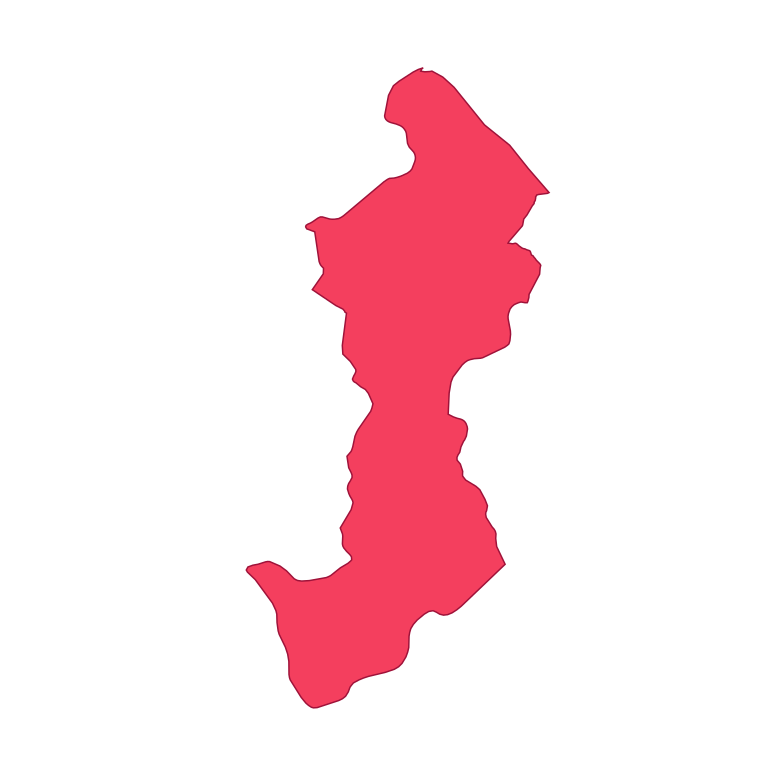 the State of Aragua, rotated 56°
{"feature_id": "VEN-41", "entity_name": "Aragua", "entity_type": "State", "adm_level": 1, "iso_a3": "VEN", "parent_name": "Venezuela", "parent_adm1": "", "projection": "natural_earth1", "projection_center": [-67.18, 9.967], "detail": "fine", "context": "isolated", "style": "filled", "palette": "rose", "viewbox_px": 768, "rotation_deg": 56, "n_neighbors": 0, "source": "natural_earth", "source_scale": "10m", "svg_char_len": 4142}
<svg xmlns="http://www.w3.org/2000/svg" viewBox="0 0 768 768"><g transform="rotate(56 384 384)"><path d="M143.8,174.7L143.9,176.5L145.2,178.6L148.0,175.6L150.6,171.2L151.4,169.3L162.5,163.6L177.2,160.0L225.4,155.8L256.3,146.3L286.1,143.9L317.6,140.1L317.4,141.8L313.3,149.9L312.7,151.8L313.2,152.4L313.4,153.2L313.6,153.6L313.7,153.8L313.9,153.8L314.0,153.8L314.3,154.0L315.0,154.6L315.2,154.9L315.8,155.4L316.1,155.6L316.2,155.8L316.8,156.7L317.1,157.6L317.3,157.9L317.5,158.1L317.9,158.2L318.2,158.6L318.6,159.3L319.2,161.4L323.8,170.9L325.4,175.9L329.7,180.1L330.3,181.0L335.7,200.7L336.6,202.4L338.7,200.0L339.1,199.7L339.4,199.3L339.7,198.9L339.9,198.5L340.5,196.9L340.7,196.5L341.0,196.1L341.3,195.9L342.2,195.5L342.7,195.3L344.8,194.9L348.3,193.6L348.8,193.3L349.6,192.8L350.5,191.9L351.1,191.4L352.4,190.7L354.8,188.8L355.5,188.6L356.4,188.7L359.0,189.5L359.6,189.6L359.8,189.5L360.7,188.9L361.1,188.8L361.8,188.7L363.0,188.8L363.3,188.7L364.5,188.5L366.5,188.5L371.3,187.6L372.5,187.6L373.3,187.7L374.9,189.5L380.0,193.6L390.8,213.6L393.4,215.6L396.0,218.6L396.7,219.8L395.5,221.6L392.6,224.6L391.9,226.8L391.4,229.1L391.0,231.6L391.3,234.5L392.3,237.5L395.1,241.3L397.2,243.3L399.3,244.6L410.6,249.5L413.6,251.3L418.5,255.4L420.6,258.0L420.9,259.9L421.0,263.3L417.4,287.5L416.6,289.6L413.5,295.0L411.9,299.1L411.3,301.5L411.3,304.7L411.9,308.6L416.8,322.9L419.9,327.4L428.0,335.1L445.0,347.7L449.9,345.0L453.2,342.6L456.0,340.1L457.5,339.1L459.1,338.4L460.6,338.1L462.6,338.1L465.9,338.9L468.0,339.9L473.2,344.8L475.4,348.4L476.0,350.1L479.2,355.4L482.9,359.3L484.2,362.3L485.7,364.6L488.0,366.0L493.1,365.5L500.4,367.6L502.1,368.9L503.4,369.8L504.4,370.3L509.3,370.0L520.2,365.0L525.2,363.7L536.1,364.8L542.8,366.3L546.5,369.9L547.2,371.2L548.9,372.6L551.9,373.9L562.8,374.3L566.0,373.9L568.4,374.1L570.9,375.0L574.6,377.8L581.8,381.5L601.2,384.4L611.4,444.2L611.9,449.9L611.8,455.4L610.8,460.2L608.9,463.9L606.0,466.5L602.4,468.2L599.4,470.1L597.6,474.1L597.3,479.3L598.2,488.4L599.7,494.1L601.8,498.6L604.2,501.5L607.0,504.2L616.4,510.9L619.5,514.3L622.5,518.4L625.7,525.3L626.6,530.0L626.3,534.9L623.9,543.8L617.7,560.4L616.3,565.3L615.3,570.3L614.7,576.5L615.7,579.9L616.4,581.8L619.3,585.8L621.4,590.5L621.7,594.4L621.1,598.6L614.9,620.4L613.0,623.6L611.3,625.0L608.2,626.3L604.9,627.2L597.5,627.9L576.9,627.2L574.7,626.6L571.7,625.2L560.8,618.0L554.1,614.9L547.0,612.9L533.0,610.9L529.5,609.8L522.0,606.1L514.9,601.6L511.4,600.3L503.3,599.0L474.3,600.1L463.6,602.4L461.2,602.2L459.6,599.1L460.9,594.0L463.0,589.2L465.2,581.7L466.1,579.7L467.3,578.1L476.8,572.0L484.4,569.3L495.2,567.4L497.0,566.5L498.6,565.5L501.3,562.5L505.2,555.9L512.2,540.1L512.7,537.7L513.0,535.3L512.0,522.9L512.5,514.1L512.1,510.7L511.7,509.1L509.0,507.6L506.3,507.7L501.9,508.6L497.4,509.0L495.2,508.7L493.3,507.9L487.1,503.3L485.2,502.3L478.9,500.8L469.8,481.5L465.2,476.1L463.4,475.4L461.5,475.1L457.9,474.9L455.1,474.4L450.6,473.0L448.4,471.2L446.7,468.9L445.6,466.3L443.7,462.8L441.6,461.4L439.2,460.8L433.7,460.1L423.2,455.1L421.5,449.0L420.5,447.4L418.5,444.9L411.1,437.3L408.6,433.5L407.1,430.5L399.2,410.3L397.2,407.5L394.2,404.2L383.1,402.2L378.1,402.5L373.2,404.9L367.3,406.6L365.7,407.5L364.1,407.8L362.3,407.4L360.4,404.6L359.2,402.2L357.9,400.3L356.2,399.3L346.4,399.3L336.2,401.4L328.7,397.0L304.3,375.5L302.5,376.2L301.4,375.9L298.9,376.2L292.1,380.0L265.7,390.7L258.7,372.7L254.2,369.4L251.3,369.9L249.6,370.0L247.8,369.7L246.2,369.3L219.1,356.3L212.2,361.3L209.9,361.1L208.9,359.9L208.9,357.7L209.4,355.2L209.6,352.5L209.5,346.0L209.9,343.4L211.1,341.6L216.9,336.7L218.4,334.9L219.8,332.7L221.5,329.1L221.9,326.1L221.9,323.4L216.3,270.7L216.3,266.6L216.6,264.5L218.9,260.5L220.0,257.6L221.1,253.8L222.3,246.8L222.1,243.1L221.3,240.5L217.0,234.4L215.6,232.7L214.0,231.4L212.2,230.5L210.3,229.9L208.2,229.7L201.9,230.6L199.7,230.3L197.6,229.9L188.7,225.3L186.6,224.7L184.4,224.6L182.2,224.8L180.2,225.4L178.5,226.3L175.3,228.5L171.0,232.2L169.4,233.3L167.7,234.1L165.7,234.5L163.8,234.3L162.1,233.6L147.2,218.8L142.0,209.4L141.4,202.2L141.7,185.4L142.4,179.7L143.8,174.7Z" fill="#f43f5e" stroke="#9f1239" stroke-width="1.5"/></g></svg>